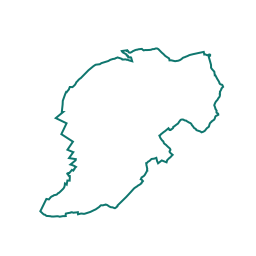 the district of Budacu De Jos, Bistrita-Nasaud, Romania, rotated 170°
{"feature_id": "2599482B65298316448597", "entity_name": "Budacu De Jos", "entity_type": "district", "adm_level": 2, "iso_a3": "ROU", "parent_name": "Romania", "parent_adm1": "Bistrita-Nasaud", "projection": "robinson", "projection_center": [24.519, 47.087], "detail": "fine", "context": "isolated", "style": "outline", "palette": "teal", "viewbox_px": 256, "rotation_deg": 170, "n_neighbors": 0, "source": "geoboundaries", "source_scale": "gbopen_adm2", "svg_char_len": 5661}
<svg xmlns="http://www.w3.org/2000/svg" viewBox="0 0 256 256"><g transform="rotate(170 128 128)"><path d="M187.5,166.1L188.3,162.5L190.4,155.3L189.1,155.0L197.4,150.3L187.7,143.3L194.7,133.5L184.6,124.1L191.4,117.1L186.3,113.8L186.1,113.7L191.3,108.6L184.8,106.4L185.2,105.3L191.0,102.0L189.4,101.2L187.4,99.9L186.0,98.7L187.1,98.0L188.4,96.7L188.2,96.6L188.3,96.5L189.3,95.5L190.5,96.5L192.2,95.0L192.4,94.9L193.6,93.8L194.5,94.1L195.5,93.8L195.7,93.7L195.6,93.2L195.1,93.0L195.1,92.5L195.0,92.2L194.8,91.7L194.8,91.4L194.6,91.1L193.7,90.9L193.8,89.9L194.6,86.3L196.8,86.8L198.2,82.9L199.7,84.4L199.8,84.2L200.3,82.3L200.9,81.1L201.2,80.6L201.5,80.3L201.9,79.8L202.1,79.6L205.1,77.5L207.3,76.1L207.8,76.1L208.7,75.6L209.2,75.1L209.9,74.8L210.8,74.7L211.7,74.7L212.8,74.6L213.5,74.2L215.1,73.8L216.1,73.3L218.3,71.4L220.7,72.3L228.0,62.3L228.8,61.3L228.3,60.5L227.7,59.8L226.9,58.6L225.7,57.3L224.8,57.0L224.1,56.2L223.8,55.8L223.1,55.4L222.6,55.3L222.0,55.2L221.6,55.1L220.7,54.8L220.3,54.8L218.6,54.1L216.4,53.7L213.0,53.4L211.7,53.0L210.7,52.5L207.2,52.5L205.6,52.2L204.6,52.1L204.6,53.0L204.4,53.5L204.3,54.0L204.1,54.5L202.3,54.6L199.6,54.6L199.1,54.6L198.9,54.8L197.9,54.8L197.2,54.4L196.3,54.0L195.1,54.0L193.6,53.8L192.0,53.8L192.2,51.7L191.8,51.7L191.1,51.8L189.9,51.9L188.5,51.8L187.0,51.3L186.2,51.1L185.4,51.1L179.6,51.9L178.6,52.2L175.1,53.2L174.1,53.4L170.6,55.0L169.8,55.4L169.1,56.0L168.6,56.3L168.0,56.6L167.4,56.5L166.7,56.3L166.1,56.2L164.4,56.4L163.6,56.3L163.2,56.5L161.8,55.7L160.1,54.0L158.7,53.0L158.4,52.9L157.1,52.6L156.8,52.4L156.4,52.2L155.5,51.6L155.1,51.4L154.8,51.3L153.9,51.6L152.9,52.3L152.6,52.3L151.8,53.0L151.8,53.5L141.7,60.4L136.3,64.5L132.6,67.4L131.5,68.0L130.9,68.2L129.7,68.8L129.2,68.9L127.9,69.7L126.5,70.1L125.3,70.7L125.2,70.8L124.5,71.1L124.5,71.4L123.9,71.9L123.8,72.1L122.8,72.8L122.5,73.1L122.7,73.4L123.0,73.4L122.9,73.6L122.9,73.8L123.3,74.4L123.6,74.8L124.3,75.3L123.6,76.2L123.3,76.9L120.9,77.9L119.8,78.7L117.6,81.3L116.6,82.7L116.4,82.7L116.4,83.1L116.5,83.3L116.1,84.8L116.2,85.5L116.2,87.2L116.3,88.0L116.2,89.0L116.2,90.2L115.4,90.3L114.0,91.4L112.6,91.8L110.7,93.1L110.2,93.4L109.5,93.4L108.0,93.3L107.3,93.3L105.3,93.7L105.1,90.5L104.5,88.0L100.4,90.2L96.0,87.5L95.0,89.5L92.6,91.2L91.5,91.7L90.0,92.9L88.7,93.8L90.2,95.6L90.5,96.0L91.1,97.1L91.2,97.5L91.1,97.9L90.3,98.6L90.3,98.9L90.0,99.4L90.1,99.9L90.4,100.6L90.9,101.3L91.6,102.1L92.5,103.3L93.6,104.9L94.8,106.1L95.1,106.6L95.4,107.3L95.5,108.5L95.7,108.9L96.4,109.6L96.6,110.0L97.7,112.2L98.2,114.2L98.4,115.1L97.5,115.4L96.1,116.5L95.3,116.8L93.8,117.7L92.2,118.4L88.2,120.7L87.6,119.1L87.3,119.2L87.2,118.8L86.5,118.6L86.3,118.7L84.0,119.9L83.7,120.1L83.5,120.4L83.4,120.7L83.1,121.0L83.1,121.3L81.9,121.7L80.9,122.3L78.9,123.3L78.1,123.6L77.4,124.3L77.0,124.8L75.4,126.3L74.7,126.9L73.6,127.0L72.8,126.9L72.2,126.7L71.8,126.5L71.5,126.1L70.6,125.5L70.1,125.4L69.5,125.2L68.9,124.5L67.2,123.0L65.6,121.9L65.0,121.1L64.7,120.3L64.6,119.8L63.7,118.3L62.9,116.5L62.7,116.3L62.2,116.0L61.6,115.3L61.2,114.9L61.1,114.2L60.6,113.8L57.3,112.0L56.6,111.3L56.4,111.0L55.3,111.1L54.7,111.2L53.0,111.8L51.8,112.8L51.2,113.4L50.7,113.8L50.4,114.1L50.1,114.2L48.2,115.2L47.8,115.9L47.2,117.2L46.8,117.9L46.3,118.6L45.6,119.1L44.8,119.5L44.6,119.9L41.6,121.3L40.6,122.8L40.0,124.1L39.6,124.4L38.8,124.8L38.3,124.8L37.9,125.0L36.8,125.3L36.7,126.0L36.8,126.5L38.0,127.6L38.2,128.2L37.7,129.7L38.1,130.5L38.2,131.0L38.5,131.4L38.6,131.7L38.5,131.9L38.6,132.3L38.6,132.5L38.6,132.9L39.1,135.4L38.6,136.4L38.3,136.7L37.8,137.6L36.8,138.8L35.0,140.2L33.8,141.7L32.5,142.8L32.0,143.7L31.6,144.9L31.8,145.2L31.8,145.7L31.2,146.5L31.3,147.0L31.2,147.7L30.8,148.2L30.5,148.4L29.8,149.3L29.3,150.0L29.1,150.7L28.5,151.1L28.0,151.5L27.2,152.0L27.4,152.6L27.4,153.3L27.6,153.8L27.8,154.2L28.0,154.3L29.4,155.0L29.6,155.2L30.1,156.0L30.2,156.6L30.1,156.9L30.7,158.7L31.6,160.9L32.3,163.1L32.8,164.7L33.4,164.8L33.3,165.6L33.3,167.5L33.2,167.9L33.2,168.3L33.7,169.3L33.9,169.5L35.3,171.8L35.7,172.9L35.7,173.3L35.6,173.8L35.4,174.7L35.3,176.0L35.7,180.1L36.1,183.9L36.1,184.8L36.0,185.2L35.5,185.0L35.2,184.7L34.6,184.9L34.5,185.5L34.4,185.8L34.6,186.1L35.1,186.3L35.8,186.2L36.0,186.1L36.3,186.1L36.8,186.0L37.1,185.9L37.5,186.0L37.9,186.2L38.7,186.8L39.3,187.2L40.1,187.1L40.2,189.8L51.1,189.4L54.2,189.2L55.4,189.0L56.6,188.6L58.0,188.3L59.2,188.1L59.6,187.9L60.8,187.8L61.7,187.6L63.5,186.5L65.3,185.8L67.2,185.5L68.1,185.6L70.0,185.6L73.8,187.2L75.4,187.4L75.4,189.3L78.8,192.5L80.2,194.6L81.7,196.4L84.4,200.4L85.6,201.3L86.9,201.5L88.5,201.2L90.3,201.4L91.5,201.1L92.8,201.1L96.2,201.5L96.8,201.7L98.4,201.8L99.0,201.7L100.1,202.7L100.6,203.5L104.2,203.7L105.2,203.5L106.2,203.6L107.6,203.4L110.2,202.7L111.1,202.2L112.6,201.8L113.0,201.8L113.4,202.1L114.1,202.3L114.3,202.6L114.4,203.3L114.6,203.8L114.8,204.1L115.6,204.1L115.5,204.7L120.8,204.9L120.7,204.5L120.1,203.8L120.0,203.4L116.8,200.8L116.7,199.6L116.1,199.1L115.8,199.3L115.5,198.9L115.4,198.4L115.5,197.6L114.8,197.5L114.7,197.2L113.2,197.2L112.8,197.0L112.7,196.8L112.3,193.0L114.8,194.2L116.7,195.3L117.0,195.4L117.4,195.4L117.7,195.6L118.4,196.0L121.2,196.3L121.7,196.4L122.0,196.8L122.1,197.2L124.1,198.3L125.1,198.8L126.0,199.3L127.3,199.0L128.1,198.9L129.0,198.5L130.8,198.6L133.7,198.2L135.7,197.4L142.9,196.5L144.7,195.7L148.1,195.9L149.0,195.9L151.3,194.9L156.8,191.8L165.9,185.3L166.9,184.9L168.2,184.1L169.8,182.8L171.1,181.9L171.4,181.3L171.8,180.8L172.4,180.1L173.2,179.4L174.0,178.9L174.7,178.4L175.7,177.9L177.2,178.3L178.2,178.5L179.0,177.2L179.5,176.3L180.4,175.5L181.3,174.8L182.2,173.9L182.7,174.2L183.9,172.4L187.5,166.1Z" fill="none" stroke="#0f766e" stroke-width="2"/></g></svg>